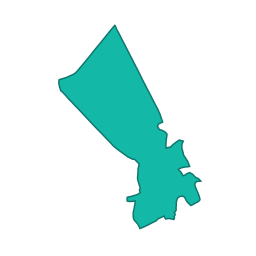 outline of As-Sweida, As Suwayda', Syria, rotated 251°
{"feature_id": "27442178B49241886307156", "entity_name": "As-Sweida", "entity_type": "district", "adm_level": 2, "iso_a3": "SYR", "parent_name": "Syria", "parent_adm1": "As Suwayda'", "projection": "robinson", "projection_center": [36.721, 32.771], "detail": "fine", "context": "isolated", "style": "filled", "palette": "teal", "viewbox_px": 256, "rotation_deg": 251, "n_neighbors": 0, "source": "geoboundaries", "source_scale": "gbopen_adm2", "svg_char_len": 3666}
<svg xmlns="http://www.w3.org/2000/svg" viewBox="0 0 256 256"><g transform="rotate(251 128 128)"><path d="M185.4,76.5L184.1,77.3L178.5,79.9L174.6,81.4L170.9,83.2L166.4,85.2L162.4,87.1L158.5,88.9L154.3,90.7L150.1,92.6L145.5,94.7L141.0,96.7L136.1,99.0L132.1,100.9L123.9,104.7L119.6,106.7L115.4,108.5L111.8,110.8L109.8,112.1L109.5,112.3L104.2,116.0L102.0,117.6L100.7,118.5L96.9,122.3L96.6,123.5L95.7,124.3L93.2,125.5L90.5,126.7L90.4,126.8L88.7,126.0L86.2,124.2L83.9,123.5L78.7,121.2L77.0,120.5L73.2,120.2L72.1,120.2L71.6,120.2L71.1,120.1L70.2,120.1L69.4,120.1L68.8,120.1L67.1,120.1L66.3,119.1L65.3,118.5L64.3,118.6L63.7,118.5L63.3,118.5L63.0,118.6L62.1,115.7L62.1,114.6L62.1,113.6L62.2,112.0L62.2,111.6L62.2,110.4L62.3,109.2L62.3,108.0L62.7,106.0L62.7,104.7L61.2,104.0L59.5,103.5L58.8,103.9L58.7,104.0L57.6,106.7L57.4,107.5L57.2,108.3L57.1,108.8L56.9,109.4L56.7,111.1L55.7,110.8L54.5,110.1L53.2,109.4L52.5,109.0L51.7,108.5L50.9,108.1L49.9,107.6L46.5,105.5L42.5,104.0L40.0,103.8L38.6,104.0L36.6,104.9L34.3,105.8L32.6,106.2L29.8,106.6L29.1,106.5L29.1,106.9L29.1,107.0L29.1,107.3L29.1,107.5L29.1,107.9L29.2,108.2L29.2,108.4L29.2,108.7L29.2,109.1L29.2,109.7L29.4,111.4L29.5,112.4L29.6,112.9L29.6,113.5L29.7,113.8L29.7,114.0L29.8,114.7L29.9,115.8L30.2,117.9L30.3,118.4L30.4,119.1L30.5,119.8L30.9,123.0L31.1,124.5L31.7,125.6L31.8,125.8L31.9,126.1L32.0,126.2L32.1,126.4L32.1,126.5L32.3,126.7L32.6,129.8L33.0,133.2L32.7,133.6L31.9,133.5L31.2,133.6L29.8,133.9L29.6,134.8L29.4,135.9L29.2,136.7L29.1,137.4L27.6,139.9L27.1,140.7L26.6,141.5L27.0,142.0L28.0,142.7L29.3,142.9L30.7,144.4L31.6,144.4L32.7,144.4L33.0,144.2L33.5,145.5L33.8,145.7L33.8,145.8L34.0,146.0L34.3,146.3L34.5,146.5L34.8,146.9L36.5,147.3L38.1,148.0L39.7,148.7L42.1,149.5L44.7,151.2L46.1,152.8L46.3,154.7L46.2,156.3L45.2,158.1L44.1,159.0L40.2,159.5L38.5,160.0L34.3,162.1L34.4,164.1L35.2,167.8L35.2,168.2L35.2,168.3L35.2,169.2L35.9,171.3L36.7,172.7L38.4,173.0L41.4,173.1L45.8,172.8L46.1,172.8L47.5,172.7L48.9,172.6L51.2,172.5L53.7,173.1L55.1,175.4L54.1,179.5L54.9,179.2L56.9,178.2L58.5,176.8L59.4,175.9L60.2,175.3L62.2,174.5L63.8,173.6L65.1,172.4L65.7,171.8L65.7,169.0L65.1,167.1L64.8,165.8L65.0,164.5L68.8,163.8L72.4,162.1L72.9,163.0L72.9,166.0L72.8,167.7L72.3,170.5L71.8,172.0L71.6,173.8L74.2,173.7L77.5,173.5L80.6,172.7L80.8,172.7L81.6,172.5L82.4,172.2L82.8,172.1L84.0,171.8L85.2,171.9L87.0,172.1L87.7,172.1L88.3,172.2L88.7,172.2L90.3,172.3L91.5,172.3L95.2,173.8L97.6,176.0L99.3,173.4L99.5,173.1L99.8,172.5L99.9,172.4L99.4,170.5L98.9,168.7L97.6,165.0L96.9,163.5L96.4,162.9L96.1,162.0L96.2,161.9L96.3,161.1L96.5,159.3L96.6,157.8L96.7,157.3L99.0,158.1L100.1,158.5L101.5,159.1L103.9,160.0L107.0,161.7L109.5,162.9L111.5,162.1L112.2,161.8L114.5,159.7L116.4,157.1L118.5,156.7L119.8,156.5L120.5,156.9L121.4,157.5L122.0,158.8L122.0,159.0L122.3,162.7L124.3,162.7L126.5,162.7L127.2,162.7L131.0,162.7L136.5,162.2L140.9,161.5L144.9,160.9L150.0,160.2L154.8,159.5L159.0,158.8L162.3,158.4L164.0,158.2L165.5,157.9L168.3,157.5L173.3,156.9L178.5,156.2L179.8,156.0L183.3,155.5L187.5,154.9L188.3,154.8L193.0,154.1L198.3,153.4L202.0,152.8L202.9,152.7L203.7,152.6L208.1,152.0L213.8,151.1L219.3,150.4L224.9,149.4L227.6,149.3L228.4,149.2L229.3,148.9L228.6,147.6L227.5,145.8L227.4,145.6L225.8,143.0L222.7,138.0L221.7,136.4L220.5,134.5L219.6,133.1L217.2,129.2L214.0,124.0L211.5,119.9L209.9,117.6L207.0,112.8L203.9,107.8L201.7,104.2L200.1,101.5L198.1,98.2L197.0,95.6L196.5,93.8L196.4,92.2L196.2,90.2L196.1,89.2L195.8,85.5L195.9,85.0L195.9,83.9L195.9,82.9L196.0,81.1L196.1,78.7L194.6,77.8L192.4,77.1L190.4,76.8L189.9,76.8L189.1,76.7L186.3,76.6L185.7,76.6L185.4,76.5L185.4,76.5Z" fill="#14b8a6" stroke="#0f766e" stroke-width="1.5"/></g></svg>